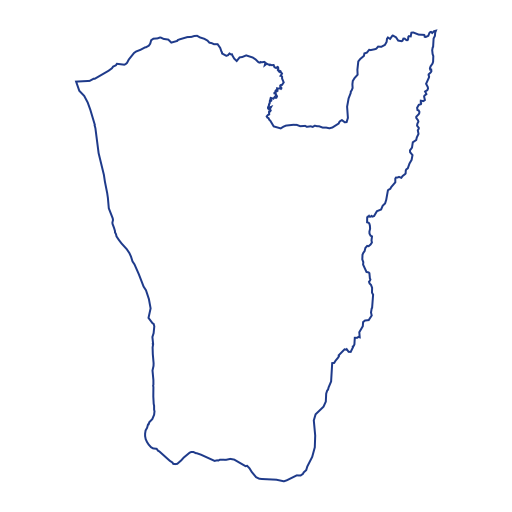 outline of Kota Pagar Alam, Sumatera Selatan, Indonesia
{"feature_id": "22746128B19740076763731", "entity_name": "Kota Pagar Alam", "entity_type": "district", "adm_level": 2, "iso_a3": "IDN", "parent_name": "Indonesia", "parent_adm1": "Sumatera Selatan", "projection": "equal_earth", "projection_center": [103.303, -4.121], "detail": "fine", "context": "isolated", "style": "outline", "palette": "blue", "viewbox_px": 512, "rotation_deg": 0, "n_neighbors": 0, "source": "geoboundaries", "source_scale": "gbopen_adm2", "svg_char_len": 5901}
<svg xmlns="http://www.w3.org/2000/svg" viewBox="0 0 512 512"><path d="M276.3,479.7L283.9,481.3L286.8,480.3L296.7,475.4L300.6,475.5L302.9,473.9L303.7,472.4L306.2,470.1L307.3,466.5L312.2,456.9L314.8,447.3L315.2,435.6L313.8,420.4L315.6,414.3L323.5,406.7L325.8,401.6L326.2,393.6L327.2,390.5L328.0,389.7L328.6,387.4L331.1,381.5L332.2,363.1L334.2,362.9L335.6,360.6L338.2,357.5L339.0,356.0L338.7,355.3L344.6,349.3L346.2,349.7L346.7,349.2L348.6,351.8L350.7,351.9L353.0,347.2L352.8,346.5L353.7,345.9L354.4,344.4L354.8,337.8L357.2,337.8L358.4,336.9L359.7,337.3L359.3,332.2L362.8,326.2L363.1,322.1L365.0,320.5L368.7,320.1L371.7,315.5L371.0,312.5L371.7,308.4L372.1,307.9L373.1,294.7L372.0,292.6L372.1,287.8L371.0,284.9L369.6,283.5L369.0,281.8L370.0,280.5L370.4,279.4L369.9,278.5L369.4,273.2L368.6,272.4L366.5,272.0L363.1,264.6L363.3,262.1L362.3,259.4L362.5,254.7L363.4,252.7L364.6,251.1L365.4,247.9L367.2,245.9L368.6,246.2L370.6,244.5L371.9,242.5L371.5,240.4L372.0,236.4L370.6,235.7L369.5,233.6L369.4,231.7L370.1,228.7L369.9,225.7L369.4,223.8L368.7,222.8L367.1,222.3L367.2,217.5L367.6,216.7L368.3,216.7L369.0,215.9L369.5,216.7L370.7,216.7L371.5,215.9L372.6,216.6L374.1,216.0L376.9,211.2L381.1,209.5L382.7,205.7L385.1,203.4L386.2,199.9L387.9,190.5L388.3,189.9L390.3,188.8L391.2,187.1L395.3,182.3L395.3,178.7L395.9,177.6L397.6,177.5L399.0,176.9L401.3,177.8L402.6,176.0L405.2,174.0L405.6,173.5L405.8,170.4L406.3,169.4L407.8,168.3L409.5,163.5L411.6,159.9L412.5,155.1L410.1,152.2L410.0,150.3L412.0,147.6L412.8,142.3L416.2,140.0L416.8,137.4L418.5,133.9L417.8,130.3L418.7,128.8L418.8,127.9L417.1,125.7L417.1,125.2L417.4,123.6L418.4,121.7L418.0,120.3L416.3,118.0L416.2,117.2L416.3,116.7L418.8,114.1L419.3,113.0L419.4,111.8L418.6,110.4L417.5,110.1L417.1,107.8L418.8,104.8L420.9,104.2L421.2,103.1L420.7,102.2L420.8,100.7L423.4,101.1L424.9,100.0L424.1,96.6L424.4,95.7L426.4,94.1L425.1,91.5L427.3,90.2L428.0,88.6L427.8,87.1L426.1,83.8L429.0,77.4L429.1,76.2L428.7,75.6L428.6,74.4L430.8,72.3L431.4,71.2L431.2,69.5L430.2,69.6L429.9,68.3L430.6,66.3L432.5,63.6L433.1,61.7L433.3,56.1L432.6,54.0L432.2,50.2L432.7,47.4L433.1,46.9L433.6,38.5L434.9,35.9L435.2,32.5L435.9,30.7L434.0,31.2L432.2,33.0L431.1,31.9L430.4,32.0L429.4,33.0L428.3,35.8L425.7,37.0L424.7,36.8L424.5,35.3L424.1,34.9L418.7,34.6L413.3,32.5L411.8,32.6L411.4,32.7L410.7,36.4L408.8,36.2L408.3,36.9L408.1,39.1L407.6,40.1L406.4,40.1L404.6,38.6L403.4,38.6L402.5,40.7L401.7,41.2L398.2,40.6L396.0,37.3L392.8,35.5L392.3,35.8L390.1,38.9L387.9,37.5L387.0,38.8L386.6,41.9L384.9,44.9L381.3,46.8L378.1,46.6L376.3,48.7L374.9,49.2L370.6,50.1L369.2,49.8L366.8,52.7L364.4,53.4L363.9,55.9L360.3,58.9L358.3,61.4L357.4,69.7L357.6,74.7L354.6,78.0L352.8,80.9L352.4,84.2L352.6,88.0L351.7,90.3L350.8,91.6L350.7,93.0L348.6,98.4L347.1,106.7L347.9,117.9L346.6,122.1L344.8,122.3L341.9,120.1L340.2,121.1L339.2,122.2L338.7,123.5L332.4,127.5L329.4,128.3L326.2,127.6L322.7,127.6L319.2,126.3L316.9,126.2L314.8,125.7L312.7,126.9L310.7,126.3L306.8,126.8L305.2,125.9L300.2,126.2L296.8,124.9L293.2,124.8L286.0,125.6L283.4,126.7L280.7,128.4L273.7,126.4L270.3,120.7L269.3,119.8L268.5,118.1L267.4,117.6L266.7,116.4L267.9,115.0L269.2,114.4L269.0,111.8L269.3,111.3L270.1,111.4L270.7,110.5L269.9,108.9L269.8,108.1L270.6,107.8L271.1,106.9L269.3,107.6L268.6,108.9L268.1,108.5L268.0,107.4L269.0,105.3L269.0,104.2L269.6,103.6L269.9,100.8L270.6,101.2L271.3,100.6L270.5,98.4L270.7,97.9L273.4,98.7L274.6,97.1L275.9,97.9L276.4,97.7L277.0,96.3L276.5,95.4L275.8,95.4L276.0,94.6L275.8,93.8L274.4,93.4L274.4,92.9L275.3,92.4L275.4,91.1L275.9,90.5L276.7,91.4L277.5,90.8L277.0,89.9L277.1,88.3L278.8,88.7L280.0,88.0L281.0,88.9L281.3,88.6L281.4,87.9L280.1,86.0L280.6,85.1L282.0,84.9L283.7,82.4L282.1,78.6L282.1,76.8L281.5,76.0L280.6,75.8L282.0,73.6L281.0,72.2L280.5,72.2L280.4,71.1L279.2,70.6L278.9,71.3L277.8,70.0L278.3,68.2L278.0,67.2L277.5,66.9L276.1,68.0L274.5,67.2L273.6,65.0L271.8,65.2L270.0,64.6L269.7,65.1L266.7,63.7L264.8,65.2L265.4,62.7L264.3,61.9L261.8,62.3L260.5,62.0L260.1,62.6L259.3,62.6L258.2,62.0L255.7,59.5L252.7,57.5L246.2,55.4L242.3,57.0L239.6,57.4L236.7,61.0L234.2,58.6L232.3,55.3L232.0,54.3L230.7,54.3L229.5,53.5L228.0,55.2L226.3,55.8L222.1,53.5L222.0,52.3L221.5,51.7L220.2,47.9L217.6,44.2L214.0,44.2L211.6,43.1L209.4,42.7L207.5,40.6L204.3,38.8L199.9,37.4L197.1,35.8L194.3,36.0L191.4,36.9L187.3,37.1L179.8,39.3L177.7,40.1L177.3,40.9L171.3,42.6L168.3,39.6L163.6,38.9L160.8,37.6L160.0,37.5L157.5,38.4L153.4,38.7L151.2,40.2L150.2,43.7L148.8,45.7L145.9,47.3L145.2,47.3L140.5,49.8L136.1,51.5L134.0,53.0L128.8,59.5L127.0,62.9L125.6,64.1L124.3,64.7L116.9,63.8L115.9,65.3L113.1,66.6L111.9,68.3L108.5,70.8L94.7,78.8L93.7,78.7L89.6,80.9L76.1,81.6L79.3,90.8L84.2,95.9L87.7,102.5L90.3,109.7L94.8,124.8L94.6,125.2L95.4,128.2L98.6,153.1L103.9,174.9L104.9,181.6L107.2,193.2L107.9,198.0L108.8,208.3L112.7,218.3L113.0,220.0L112.4,222.5L112.5,223.8L114.0,227.8L115.0,231.1L115.0,232.3L116.0,234.2L116.5,236.4L118.7,239.7L121.5,243.4L126.7,249.1L129.4,253.1L131.0,256.6L132.5,261.4L134.5,264.4L138.9,274.4L143.6,286.6L146.0,290.3L148.9,299.1L150.6,308.4L148.5,317.9L152.4,323.1L153.7,324.0L154.3,326.4L153.6,333.2L152.4,337.0L153.1,343.9L152.8,344.0L153.0,345.0L152.6,347.4L152.8,354.1L153.6,363.3L153.5,366.0L152.5,370.5L153.4,380.2L153.4,384.7L153.1,385.7L153.4,387.0L153.3,396.4L153.7,403.9L154.1,405.8L154.1,409.6L154.5,411.4L154.1,414.8L152.3,419.1L149.3,422.2L148.6,424.4L148.0,424.5L147.1,427.8L145.6,430.4L145.1,433.6L145.1,436.1L145.7,439.2L147.0,442.0L148.6,444.5L151.0,447.2L153.1,448.4L156.6,448.8L158.1,450.8L159.3,451.4L169.8,460.8L172.4,462.5L173.3,463.9L175.5,464.1L177.3,463.8L181.2,460.4L183.7,457.6L189.6,452.7L191.2,452.0L193.4,452.0L195.9,453.2L196.7,453.2L201.0,454.7L214.6,460.9L217.2,460.3L218.1,460.6L220.0,459.7L226.1,459.8L230.3,458.9L234.2,459.6L245.6,466.2L247.1,465.8L249.5,468.3L251.7,471.9L256.1,477.2L259.2,478.7L261.8,479.0L276.3,479.7Z" fill="none" stroke="#1e3a8a" stroke-width="2"/></svg>